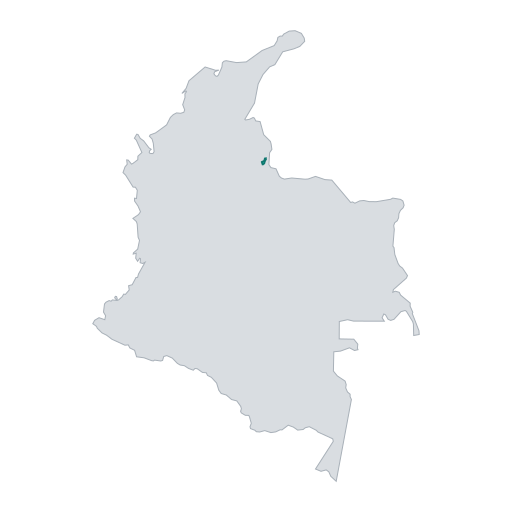 location of Bochalema, Norte de Santander, Colombia
{"feature_id": "7082276B10229211871917", "entity_name": "Bochalema", "entity_type": "district", "adm_level": 2, "iso_a3": "COL", "parent_name": "Colombia", "parent_adm1": "Norte de Santander", "projection": "mercator", "projection_center": [-72.657, 7.644], "detail": "fine", "context": "in_parent", "style": "filled", "palette": "teal", "viewbox_px": 512, "rotation_deg": 0, "n_neighbors": 0, "source": "geoboundaries", "source_scale": "gbopen_adm2", "svg_char_len": 4985}
<svg xmlns="http://www.w3.org/2000/svg" viewBox="0 0 512 512"><path d="M299.8,46.4L294.0,48.8L282.7,51.8L274.9,64.6L269.6,66.9L263.0,74.5L258.2,83.9L254.5,103.1L244.8,119.3L245.6,120.0L249.5,119.3L253.1,117.5L254.4,118.1L255.7,120.9L260.1,121.6L263.7,134.7L270.4,141.4L271.1,144.0L271.9,149.4L269.6,152.7L268.9,164.6L270.9,167.6L276.0,168.8L279.3,176.2L281.4,178.0L284.4,179.1L291.7,178.0L305.0,179.2L308.1,179.0L315.5,176.4L324.9,179.6L331.8,180.1L350.7,202.5L352.5,201.9L354.9,203.2L359.7,200.9L363.8,200.5L369.2,201.6L376.3,201.7L390.6,199.3L392.8,198.1L400.6,199.4L402.9,201.0L404.1,205.2L403.1,207.8L400.4,210.4L398.9,213.7L398.6,217.8L397.2,220.8L394.7,222.7L393.7,225.6L394.3,229.3L392.9,246.2L394.0,247.6L394.8,254.5L398.1,263.5L399.7,266.0L402.5,268.1L407.5,275.6L406.4,278.1L393.4,289.6L392.8,292.3L395.3,291.2L399.2,292.3L400.6,295.1L410.2,303.1L410.1,306.2L412.8,312.3L412.3,313.6L419.0,330.9L419.2,334.5L413.7,335.5L413.4,324.0L412.7,321.6L406.4,311.3L405.1,310.5L400.9,311.7L394.0,319.3L390.7,320.4L388.1,319.3L385.5,314.8L383.8,314.0L382.1,317.8L384.3,321.2L353.5,321.1L347.6,319.7L339.3,321.5L339.2,338.9L353.8,339.2L357.8,344.2L357.4,348.2L358.0,349.7L354.5,350.5L349.5,347.8L340.5,351.1L333.8,351.8L333.4,371.1L337.3,375.9L345.1,381.1L346.2,384.6L345.7,387.9L347.5,392.0L350.1,394.2L350.1,396.7L351.4,399.5L336.2,481.3L330.8,476.3L328.8,471.8L326.2,469.9L321.0,471.3L315.5,469.0L333.3,441.3L332.7,438.8L317.9,432.0L316.3,430.3L309.3,426.7L305.4,427.7L303.1,429.5L297.7,430.1L293.4,427.1L288.2,425.2L282.0,429.9L280.1,429.8L275.7,431.9L270.9,432.6L264.7,430.6L259.7,432.0L256.3,431.7L255.0,430.3L250.5,428.6L250.0,426.7L251.3,423.3L249.4,416.6L248.7,415.4L245.3,415.3L241.3,412.9L240.6,411.4L241.4,408.7L240.7,406.3L236.8,400.9L231.5,399.5L226.3,395.0L221.2,393.5L218.8,390.2L216.6,383.0L211.3,377.3L207.5,375.4L206.3,372.8L202.4,372.4L197.2,368.7L194.9,368.5L193.3,370.2L188.5,368.4L184.4,365.7L180.1,365.0L177.3,363.3L172.3,358.1L166.8,355.6L163.7,356.5L162.6,360.4L160.8,361.0L154.5,360.1L153.5,360.9L151.8,360.7L144.1,357.8L136.6,356.8L134.6,350.3L129.8,347.9L128.3,344.9L124.9,345.2L112.0,339.3L106.6,335.2L102.0,332.9L97.3,328.3L96.5,326.4L92.8,323.7L94.6,320.3L99.0,317.7L104.8,319.7L105.6,315.7L103.5,312.1L104.5,304.0L106.0,302.2L109.1,300.6L111.1,301.2L112.4,299.9L117.1,300.5L118.6,299.9L122.2,296.7L123.7,294.1L125.4,294.4L129.2,290.0L128.6,285.7L132.2,284.7L136.0,277.5L137.6,277.4L138.5,274.0L145.1,262.2L142.7,263.5L140.1,262.7L140.5,258.7L139.7,258.2L137.6,261.3L135.7,258.2L136.2,253.2L133.2,254.1L133.4,252.9L137.7,249.1L139.5,240.4L138.1,237.2L137.2,224.1L136.4,221.6L132.9,218.4L138.5,214.6L140.5,211.8L138.0,206.0L134.6,201.1L134.5,198.2L136.5,198.5L137.3,190.3L135.4,187.2L133.1,187.1L125.6,175.1L123.0,172.6L125.0,166.9L127.2,164.3L126.7,159.9L128.2,160.1L131.5,164.1L132.8,163.5L137.8,159.7L137.9,156.2L141.9,152.5L136.3,140.1L134.4,138.2L136.7,134.2L138.0,134.5L140.2,138.3L143.7,140.9L148.9,147.8L151.2,149.3L149.6,150.8L149.2,152.5L150.0,153.4L152.9,153.6L154.1,151.7L153.3,143.3L152.1,139.1L149.4,136.2L150.2,134.9L155.6,132.9L166.6,124.9L170.4,117.4L173.3,114.6L176.6,112.9L180.6,113.3L183.8,112.3L184.7,109.9L182.7,104.7L185.0,97.5L184.9,93.9L186.5,91.7L185.9,90.9L181.9,93.4L186.1,88.4L189.0,80.7L205.1,67.0L215.6,70.3L218.9,70.1L214.6,71.8L213.9,73.8L215.4,75.8L217.0,76.4L218.4,75.1L221.9,67.1L222.4,62.7L224.0,61.2L226.2,60.7L236.5,62.6L246.3,61.9L262.1,50.5L274.2,45.6L277.1,40.9L277.9,37.4L280.1,36.1L282.3,36.1L283.7,34.1L289.2,31.1L295.1,30.7L301.4,33.4L304.2,38.1L304.7,41.3L299.8,46.4ZM117.3,299.1L116.6,299.7L115.2,298.6L114.7,297.3L115.6,296.3L116.6,296.6L117.3,299.1Z" fill="#d9dde1" stroke="#a8b0b8" stroke-width="1"/><path d="M261.6,161.9L261.6,162.0L261.8,162.2L261.8,162.3L261.9,162.5L262.0,162.5L261.9,162.6L262.0,162.8L261.9,162.8L262.0,162.8L262.0,163.0L262.0,163.3L262.1,163.5L262.3,163.6L262.2,163.6L262.3,163.6L262.3,163.8L262.3,164.0L262.5,164.2L262.5,164.3L262.5,164.5L262.8,164.5L262.9,164.4L263.0,164.5L263.1,164.4L263.2,164.2L263.3,164.2L263.4,163.9L263.5,163.9L263.8,163.9L264.0,163.8L264.1,163.7L264.3,163.6L264.4,163.4L264.4,163.2L264.5,163.1L264.5,162.9L264.6,162.7L264.6,162.4L264.7,162.2L264.6,161.9L264.6,161.7L264.6,161.4L264.8,161.3L265.0,161.3L265.0,161.2L265.1,160.9L265.2,160.7L265.2,160.4L265.3,160.3L265.3,160.2L265.5,160.1L265.6,159.9L265.6,160.0L265.6,159.9L265.8,159.9L265.9,159.7L266.0,159.5L266.0,159.4L266.1,159.2L265.9,159.1L265.8,158.9L265.7,158.8L265.7,158.7L265.8,158.5L265.9,158.4L265.9,158.2L265.7,158.3L265.4,158.4L265.3,158.2L265.2,158.2L265.2,158.3L264.9,158.4L264.9,158.5L264.7,158.7L264.6,158.8L264.6,159.1L264.7,159.3L264.6,159.5L264.4,159.7L264.4,159.8L264.3,160.0L264.2,160.2L264.2,160.3L264.1,160.5L263.9,160.7L263.8,160.8L263.7,161.0L263.4,161.2L263.4,161.3L263.3,161.5L263.2,161.5L262.9,161.6L262.7,161.7L262.6,161.8L262.4,161.9L262.3,162.0L262.2,162.0L262.0,161.9L261.9,161.8L261.9,161.7L261.7,161.8L261.6,161.9Z" fill="#14b8a6" stroke="#0f766e" stroke-width="1.5"/></svg>